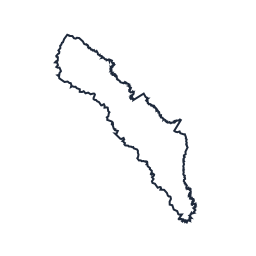 Cuyabeno, Sucumbios, Ecuador (Mercator projection), rotated 32°
{"feature_id": "8360857B98272453986256", "entity_name": "Cuyabeno", "entity_type": "district", "adm_level": 2, "iso_a3": "ECU", "parent_name": "Ecuador", "parent_adm1": "Sucumbios", "projection": "mercator", "projection_center": [-75.771, -0.334], "detail": "fine", "context": "isolated", "style": "outline", "palette": "slate", "viewbox_px": 256, "rotation_deg": 32, "n_neighbors": 0, "source": "geoboundaries", "source_scale": "gbopen_adm2", "svg_char_len": 5814}
<svg xmlns="http://www.w3.org/2000/svg" viewBox="0 0 256 256"><g transform="rotate(32 128 128)"><path d="M223.1,178.3L223.8,178.4L223.9,176.4L225.3,177.1L225.0,176.3L225.7,175.7L226.5,176.7L226.8,176.3L227.2,177.0L227.9,177.0L227.6,174.9L227.9,174.4L229.3,174.1L228.7,173.8L229.3,173.4L228.7,173.1L228.9,172.5L228.4,172.6L227.8,171.9L227.7,170.8L228.8,170.5L226.6,169.8L227.0,169.4L226.8,168.1L227.1,168.0L226.8,166.3L227.6,166.6L229.1,165.0L228.5,165.0L228.6,164.2L228.3,164.1L228.6,161.9L226.0,161.3L227.0,160.0L226.3,159.6L226.7,159.1L226.1,159.1L226.4,157.6L225.6,157.4L225.7,156.9L225.1,157.0L225.0,156.6L223.1,158.5L223.2,159.2L222.7,159.3L222.2,158.6L222.8,157.7L222.3,157.8L221.6,156.7L221.9,156.0L222.3,156.3L222.5,154.9L221.9,154.2L221.5,154.9L220.8,153.7L220.2,153.9L219.4,153.5L219.2,154.6L218.8,154.4L218.0,154.9L217.2,152.8L216.6,153.2L216.3,152.8L215.9,153.3L215.8,152.9L215.3,153.1L215.0,152.0L215.7,151.7L215.2,151.2L215.8,150.8L215.1,150.2L215.6,149.9L214.7,148.3L213.0,147.8L213.4,146.6L212.4,146.4L211.4,147.8L210.9,148.0L210.7,147.5L210.4,148.3L210.0,148.0L209.6,148.3L208.8,147.4L208.5,145.7L207.4,145.2L206.7,145.5L206.3,144.8L205.5,144.9L205.4,144.3L203.5,143.6L202.9,142.2L203.4,140.9L202.4,139.8L201.8,139.8L201.4,138.3L200.3,138.4L199.3,137.8L198.7,135.9L197.5,134.9L197.6,133.9L196.7,133.6L196.5,132.5L195.1,131.1L194.7,129.0L193.2,127.7L192.8,127.1L193.1,126.7L192.4,126.5L192.5,126.0L191.7,125.4L191.8,124.9L191.3,124.5L191.5,122.6L190.4,122.4L189.9,121.6L190.8,119.7L189.3,117.7L188.8,112.8L187.7,112.3L187.0,111.3L186.2,111.3L185.7,110.3L185.8,109.5L184.3,108.4L183.8,106.6L182.7,106.4L182.1,105.2L179.5,103.2L178.7,103.8L175.1,104.7L173.6,103.6L172.1,105.4L170.2,106.0L168.7,105.9L168.6,93.3L167.5,93.3L166.9,94.9L165.6,95.7L165.1,96.8L164.7,96.5L164.4,97.2L163.7,97.4L163.7,98.0L164.1,98.3L163.6,98.5L164.1,99.1L162.2,100.3L161.8,101.2L160.8,101.0L160.4,101.4L160.0,101.1L158.9,102.4L158.0,102.5L158.0,102.1L157.0,102.2L157.1,101.8L155.9,102.1L155.5,101.5L153.9,101.6L153.7,102.1L153.5,101.5L152.6,101.5L151.9,101.0L150.3,101.6L149.7,100.5L149.5,101.0L148.5,100.6L148.5,100.2L148.1,100.5L146.1,98.2L145.5,98.7L145.1,98.0L144.0,97.5L143.5,98.0L143.5,97.4L142.9,97.1L142.3,97.5L142.1,97.0L141.0,96.7L141.2,96.4L140.0,96.1L139.3,96.5L139.2,95.8L138.4,95.4L137.7,96.2L137.2,95.8L136.7,96.3L135.7,95.9L134.8,96.0L134.9,96.3L134.2,96.0L133.1,96.8L132.8,96.4L131.7,96.5L131.3,95.6L129.9,95.4L130.0,94.7L128.9,94.8L129.4,92.6L128.6,93.2L128.2,92.2L126.6,92.4L123.1,90.5L117.8,101.3L117.5,100.3L116.4,100.3L116.6,101.1L115.0,101.2L114.9,101.7L114.4,101.5L114.8,100.8L113.8,100.6L114.1,100.3L113.4,99.5L114.1,99.1L113.7,98.9L114.1,98.6L113.8,98.3L114.7,96.7L114.3,95.2L113.5,95.2L113.5,94.7L113.2,95.0L112.6,94.6L112.4,95.5L111.5,96.3L109.6,96.2L108.9,95.1L109.6,94.6L109.2,92.4L107.9,92.6L107.6,92.0L107.6,92.5L106.9,91.9L106.4,92.0L106.8,91.5L106.4,91.5L106.6,91.1L106.2,90.5L105.8,90.8L105.0,90.4L102.6,91.3L102.5,90.5L101.1,90.6L101.2,91.2L101.4,90.9L102.0,91.2L101.0,91.7L100.8,91.5L99.9,92.5L97.3,93.2L95.9,92.4L93.4,92.5L93.5,92.2L91.9,91.5L91.5,90.7L90.8,90.8L90.6,90.2L90.1,90.5L90.1,89.9L88.8,89.2L88.2,89.3L88.7,89.9L88.5,90.4L87.5,90.1L87.2,91.0L86.6,91.2L85.5,90.4L85.5,89.7L84.8,90.4L83.9,88.3L83.3,87.9L83.0,88.4L82.9,87.5L82.3,87.9L82.0,87.6L82.4,86.9L81.6,86.6L81.9,85.9L81.2,86.2L81.5,85.9L81.1,85.5L81.6,85.5L81.4,85.0L82.0,83.6L81.7,83.3L82.1,82.8L82.5,83.0L82.8,81.7L82.2,81.8L81.9,80.7L81.4,80.5L80.6,81.3L79.9,81.0L78.6,80.1L78.6,79.4L76.9,79.6L76.4,80.3L76.7,81.0L75.4,80.0L73.9,82.0L73.1,81.4L71.9,81.9L69.8,81.2L68.9,82.1L69.0,81.7L68.4,81.7L68.5,81.3L67.6,80.9L65.8,81.6L65.3,81.0L65.1,81.4L63.5,81.5L62.7,80.5L60.7,79.4L60.6,80.2L59.8,80.6L58.6,80.2L57.8,80.6L57.6,80.2L56.9,81.0L55.8,80.6L55.2,81.1L53.7,80.3L52.9,80.8L52.8,80.3L51.7,80.7L51.7,80.3L51.2,80.3L50.6,79.4L49.7,79.1L49.5,79.5L48.2,79.1L47.7,79.7L46.2,79.9L43.9,78.5L38.9,77.6L36.8,78.6L36.3,79.9L34.6,80.5L32.2,79.5L29.4,81.0L29.0,80.7L27.1,81.1L26.7,86.4L27.4,89.8L26.8,90.7L27.3,92.8L26.9,94.2L28.3,96.1L27.9,99.1L29.4,99.7L30.0,101.2L29.4,102.3L29.0,105.0L29.7,105.5L31.0,105.1L32.7,108.1L31.6,109.6L31.4,111.0L33.2,110.1L35.3,111.8L34.9,114.2L36.4,114.1L37.9,113.1L41.0,115.3L40.8,117.9L41.6,119.3L40.3,120.6L42.2,120.8L43.4,122.3L49.8,122.6L52.2,120.6L54.5,120.9L55.6,120.3L57.3,121.6L57.9,123.4L58.6,122.1L60.3,121.7L61.7,120.8L63.4,121.4L66.6,120.7L67.9,122.9L70.0,121.8L70.9,120.3L73.6,121.1L75.5,119.1L78.4,119.2L80.3,117.2L81.3,116.7L82.3,117.3L82.9,120.9L83.6,121.8L84.8,121.8L86.0,121.2L87.7,121.7L89.7,121.4L93.2,123.0L93.8,122.7L94.9,120.6L96.3,121.4L97.3,123.2L99.1,121.7L100.0,121.5L102.3,124.2L103.9,124.5L103.9,125.6L105.1,128.5L104.4,130.2L105.4,130.7L106.1,132.1L110.7,131.1L112.2,131.4L113.0,132.4L112.0,132.7L112.2,133.4L113.7,133.8L116.4,136.2L117.8,135.8L118.0,136.7L118.4,136.7L120.9,135.9L121.3,138.9L119.9,139.6L127.2,141.2L128.1,140.9L129.5,138.8L130.9,139.8L130.3,142.0L131.2,141.8L132.0,142.3L133.4,142.4L133.6,143.8L134.9,144.2L137.5,142.9L138.5,143.2L140.7,142.1L141.8,142.1L142.5,141.4L143.8,142.2L147.1,141.4L148.5,142.1L149.5,143.8L151.0,145.0L151.9,147.3L151.9,148.7L154.5,149.7L156.0,148.7L157.2,148.9L158.8,147.7L159.6,147.7L160.5,147.0L161.1,147.2L161.5,146.5L162.1,146.5L162.9,147.4L163.0,149.0L163.9,148.7L165.0,150.0L167.9,150.3L168.3,151.3L170.9,151.7L171.5,152.8L171.8,155.0L172.7,155.1L173.1,153.5L174.8,153.6L175.2,154.7L174.4,157.0L176.7,157.7L176.5,160.5L177.9,161.6L180.4,161.0L184.8,162.9L186.4,161.1L187.1,160.9L188.0,161.7L188.2,163.1L191.4,161.3L195.5,162.5L197.6,164.2L198.9,164.4L199.7,163.8L200.6,163.9L202.0,165.4L202.3,168.4L204.0,170.9L206.5,170.0L210.0,172.9L213.8,172.4L216.3,174.4L217.3,174.3L219.5,172.8L219.2,178.3L219.7,178.4L221.3,176.9L222.4,176.6L223.5,177.5L223.1,178.3Z" fill="none" stroke="#1e293b" stroke-width="2"/></g></svg>